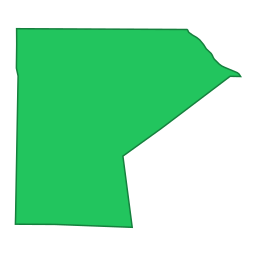 Ralls, Missouri, United States of America (Mercator projection)
{"feature_id": "52423323B19390518070965", "entity_name": "Ralls", "entity_type": "district", "adm_level": 2, "iso_a3": "USA", "parent_name": "United States of America", "parent_adm1": "Missouri", "projection": "mercator", "projection_center": [-91.377, 39.503], "detail": "fine", "context": "isolated", "style": "filled", "palette": "green", "viewbox_px": 256, "rotation_deg": 0, "n_neighbors": 0, "source": "geoboundaries", "source_scale": "gbopen_adm2", "svg_char_len": 462}
<svg xmlns="http://www.w3.org/2000/svg" viewBox="0 0 256 256"><path d="M132.2,227.3L122.9,156.1L161.6,128.2L230.1,76.3L240.6,76.5L239.0,74.0L237.3,72.7L224.5,67.3L221.8,66.0L219.3,64.2L214.3,59.2L213.3,57.6L212.3,55.3L211.1,53.4L206.3,48.9L203.6,44.6L199.7,39.9L196.7,37.5L192.4,35.0L188.8,32.4L187.6,30.0L187.0,29.5L16.6,28.7L16.7,44.3L16.4,68.1L18.1,76.0L15.6,216.3L15.4,224.2L54.8,224.4L132.2,227.3Z" fill="#22c55e" stroke="#15803d" stroke-width="1.5"/></svg>